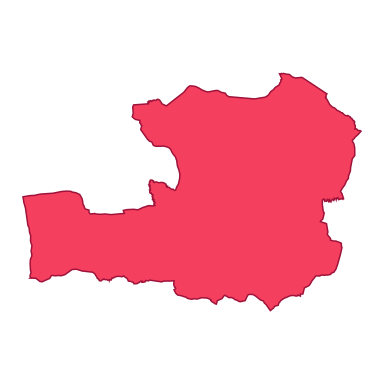 the district of Dan Khun Thot, Nakhon Ratchasima, Thailand
{"feature_id": "78962969B23608126314551", "entity_name": "Dan Khun Thot", "entity_type": "district", "adm_level": 2, "iso_a3": "THA", "parent_name": "Thailand", "parent_adm1": "Nakhon Ratchasima", "projection": "orthographic", "projection_center": [101.7, 15.236], "detail": "fine", "context": "isolated", "style": "filled", "palette": "rose", "viewbox_px": 384, "rotation_deg": 0, "n_neighbors": 0, "source": "geoboundaries", "source_scale": "gbopen_adm2", "svg_char_len": 6018}
<svg xmlns="http://www.w3.org/2000/svg" viewBox="0 0 384 384"><path d="M133.6,104.9L132.7,107.0L133.2,112.7L133.1,114.1L132.2,116.7L133.9,118.4L135.7,119.5L139.9,120.4L139.7,122.8L140.5,123.3L140.9,124.8L141.8,125.5L140.7,129.6L147.6,139.4L149.8,141.4L151.2,141.7L152.0,142.3L153.2,145.1L154.5,145.9L156.6,146.3L163.5,146.1L166.3,146.7L169.1,147.8L170.7,149.5L172.1,152.5L173.6,154.8L175.3,156.6L176.7,160.5L177.4,165.9L179.0,170.3L179.9,174.6L179.7,178.1L178.6,183.2L178.2,184.5L176.6,187.1L175.7,189.9L174.4,190.5L173.0,189.1L171.6,189.4L169.0,187.3L166.8,187.2L166.7,186.3L167.1,186.0L165.9,185.6L166.1,184.4L165.1,183.5L163.2,182.6L160.9,182.4L158.9,182.8L156.4,181.9L154.9,182.1L154.3,182.5L154.0,182.1L153.5,182.1L153.5,180.9L152.9,180.8L152.4,180.2L150.4,180.1L150.3,180.8L150.0,181.1L150.2,181.4L149.5,181.9L149.4,183.7L149.1,184.2L149.3,184.4L148.9,184.8L149.7,185.3L149.3,185.5L149.6,185.9L149.3,185.9L149.3,186.5L149.8,186.8L149.9,187.8L150.3,188.4L150.1,188.6L150.5,188.9L150.0,189.7L150.2,190.0L149.8,190.1L150.2,190.4L149.8,190.8L149.7,192.1L149.9,192.8L151.0,193.5L151.4,193.2L151.9,194.5L152.9,194.8L152.4,195.5L152.2,196.5L152.8,196.5L152.9,196.9L152.6,197.5L153.0,198.2L152.6,198.3L152.5,199.3L152.9,199.2L154.2,199.9L153.9,200.6L153.4,200.2L153.2,200.4L153.6,201.6L154.4,201.6L155.0,202.1L154.8,202.9L154.3,202.6L154.3,203.5L153.9,203.9L154.0,204.7L154.8,205.4L153.4,205.6L152.9,206.1L150.9,205.7L148.0,205.7L147.6,206.2L146.5,206.2L145.7,206.7L143.2,207.3L138.0,209.8L133.6,209.3L127.3,209.6L123.3,210.4L124.3,213.4L111.3,214.6L104.7,214.0L100.9,214.3L96.7,214.1L94.5,213.5L90.7,214.0L90.1,213.8L88.9,212.2L89.0,210.1L85.5,209.1L84.8,208.4L84.0,205.9L83.0,204.3L82.5,200.3L81.9,198.3L79.7,194.5L75.9,192.7L73.6,192.4L73.2,192.1L72.6,192.3L70.7,191.3L66.4,191.1L61.5,191.5L53.2,193.2L40.3,194.1L34.2,195.4L30.0,195.6L23.0,196.8L23.8,202.2L25.5,208.3L27.9,225.4L29.1,227.9L29.5,232.2L30.7,235.8L30.5,241.2L31.9,245.5L31.1,251.4L31.7,253.9L31.8,256.0L30.4,259.5L30.1,263.4L30.5,270.5L31.1,272.3L30.1,275.3L30.2,277.5L31.0,277.7L30.4,278.1L35.7,278.2L40.0,281.5L42.0,281.8L49.5,278.5L50.1,277.8L51.0,276.1L51.9,275.4L55.6,275.8L58.3,275.5L61.4,275.7L65.0,274.6L72.1,269.5L76.5,269.2L82.0,271.0L92.6,272.2L94.7,273.7L97.0,277.4L97.2,278.2L97.6,278.7L98.4,278.8L99.4,280.7L100.0,280.5L100.6,280.9L101.5,280.7L102.4,279.6L103.2,279.2L103.7,279.5L104.1,279.1L105.2,279.7L106.6,279.5L107.6,280.2L109.2,279.9L109.3,280.4L109.4,280.1L109.6,280.4L110.4,279.7L111.1,280.0L111.6,278.9L112.1,278.6L112.1,277.9L113.5,277.9L115.6,276.8L116.1,276.8L116.5,276.4L120.0,276.4L122.0,276.8L123.8,275.9L125.1,277.2L127.1,278.4L128.4,281.1L130.6,281.4L133.1,282.3L134.0,283.8L136.7,283.7L139.2,282.5L140.9,281.2L142.2,281.3L142.0,282.3L143.6,282.2L145.2,281.8L145.6,280.5L148.4,280.9L149.6,280.1L161.8,281.9L162.4,281.5L164.3,281.1L171.3,281.0L174.0,280.7L173.7,284.4L174.5,287.0L175.4,287.5L175.6,288.7L174.0,289.8L175.9,293.4L177.6,295.0L181.6,295.8L184.6,296.9L186.0,297.1L187.2,298.2L188.8,298.7L191.7,299.3L194.2,298.7L196.9,299.1L201.7,297.7L207.3,298.1L210.8,299.6L210.7,300.5L212.1,301.8L215.4,303.9L216.4,304.1L217.3,300.7L222.0,298.6L223.9,295.9L224.8,295.3L229.2,297.7L231.4,297.5L233.5,298.4L234.9,299.6L237.3,300.4L238.8,301.4L240.4,301.7L245.2,300.6L246.7,297.2L248.0,295.0L248.6,294.5L252.1,294.4L253.5,294.8L255.7,296.1L260.5,300.0L263.0,300.8L263.9,301.8L264.1,302.7L266.3,304.8L270.3,310.6L273.7,307.9L274.7,306.2L278.2,305.3L278.8,303.0L279.5,302.5L280.7,300.6L284.1,298.3L290.4,295.7L291.9,295.5L294.5,295.6L296.1,296.1L297.8,295.7L298.0,295.0L300.4,296.1L300.5,294.1L302.9,294.0L304.4,287.9L308.9,285.7L310.1,284.2L312.0,280.8L315.9,275.9L319.8,276.0L320.5,275.4L322.9,275.0L324.7,275.4L325.9,274.9L327.3,275.1L330.3,274.5L332.1,272.8L333.8,272.3L335.9,269.3L337.8,263.8L340.4,254.5L342.0,247.4L341.5,246.7L341.3,243.3L340.9,242.9L335.7,241.0L333.7,241.1L331.8,240.4L330.9,240.4L330.4,240.1L330.5,238.5L327.3,234.5L327.9,232.0L326.5,223.7L320.4,221.6L320.8,220.8L322.8,219.1L323.9,214.6L323.9,213.2L324.2,213.1L323.2,211.1L322.3,204.3L322.5,199.9L323.7,199.0L324.7,199.5L324.4,200.4L324.8,201.3L325.4,201.0L326.4,201.3L327.2,199.6L327.6,200.2L328.7,199.7L328.0,200.9L328.6,201.1L328.9,201.8L329.3,201.4L329.9,201.6L329.5,201.1L329.9,200.5L330.4,201.3L331.2,200.7L331.5,200.9L332.3,199.4L333.3,199.7L333.8,200.4L334.3,199.4L334.1,198.3L335.1,198.5L336.0,199.0L336.2,199.7L336.3,199.3L336.9,198.6L336.6,198.2L337.8,197.6L337.9,198.6L338.2,198.6L338.8,199.7L340.2,198.9L340.7,199.1L342.2,198.6L342.7,199.1L342.9,198.5L343.3,199.0L343.6,198.8L341.9,193.5L340.5,191.5L342.2,188.4L344.7,185.0L346.5,180.9L348.4,178.4L348.5,176.1L350.4,170.9L350.6,167.6L352.3,158.8L354.8,155.5L354.7,147.5L353.8,143.6L352.7,141.8L352.3,140.3L353.7,139.1L355.2,137.1L358.2,134.4L361.0,131.2L360.0,130.6L357.9,130.4L356.8,129.1L356.0,128.8L354.9,129.0L355.4,126.7L355.2,125.6L354.7,124.8L354.8,124.3L354.2,123.3L354.7,121.9L354.2,121.6L354.3,121.3L353.5,120.3L352.6,120.1L351.9,118.5L350.3,117.6L350.3,117.0L347.7,115.5L347.4,115.8L345.8,115.6L344.5,115.0L342.3,112.8L341.1,112.7L340.0,111.6L337.2,110.4L334.8,108.1L332.3,107.0L329.6,104.4L327.0,99.4L325.8,98.3L325.4,97.3L326.2,97.0L326.0,95.5L326.5,94.7L326.3,94.1L326.8,93.8L302.2,77.5L301.3,77.4L295.5,78.0L292.3,76.9L289.3,74.4L286.6,74.2L283.5,73.4L282.5,73.7L281.4,73.5L280.9,73.6L280.9,74.0L279.6,73.8L281.8,78.8L281.7,79.4L280.7,79.9L281.0,81.2L279.5,83.6L279.4,84.8L275.3,87.4L273.2,89.9L270.9,91.4L268.1,95.4L265.0,97.2L254.6,98.9L228.9,96.7L226.8,95.5L225.3,93.2L221.2,92.3L217.9,90.5L215.7,90.5L207.9,92.0L205.0,91.2L201.7,89.8L199.1,88.1L195.9,86.6L192.9,86.0L189.7,85.9L187.5,87.6L183.9,92.2L166.4,105.9L162.1,103.9L159.6,100.1L158.1,99.3L157.2,99.4L155.6,100.5L154.6,100.1L153.2,100.2L152.9,100.7L152.4,100.6L152.4,100.9L151.2,101.4L151.2,101.0L150.7,100.7L149.5,101.4L149.1,100.9L148.7,101.6L148.2,101.8L148.6,102.1L148.3,102.4L148.7,102.7L148.5,103.6L147.9,103.0L147.8,103.7L147.3,103.9L133.6,104.9Z" fill="#f43f5e" stroke="#9f1239" stroke-width="1.5"/></svg>